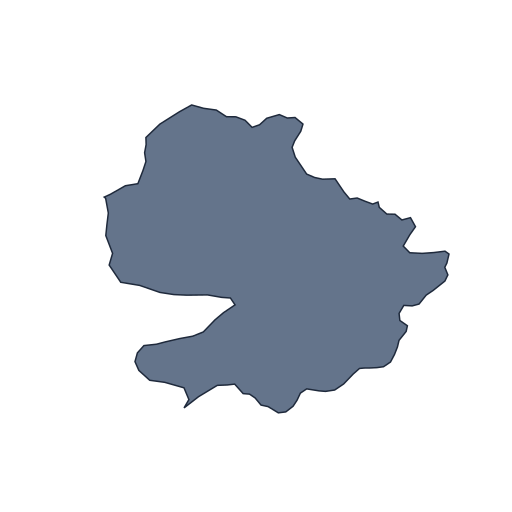 outline of Västervik, Kalmar, Sweden, rotated 146°
{"feature_id": "70781695B21983327863025", "entity_name": "Västervik", "entity_type": "district", "adm_level": 2, "iso_a3": "SWE", "parent_name": "Sweden", "parent_adm1": "Kalmar", "projection": "robinson", "projection_center": [16.379, 57.852], "detail": "fine", "context": "isolated", "style": "filled", "palette": "slate", "viewbox_px": 512, "rotation_deg": 146, "n_neighbors": 0, "source": "geoboundaries", "source_scale": "gbopen_adm2", "svg_char_len": 1700}
<svg xmlns="http://www.w3.org/2000/svg" viewBox="0 0 512 512"><g transform="rotate(146 256 256)"><path d="M348.9,389.7L348.4,387.9L354.4,374.2L362.2,365.2L369.1,356.9L373.4,338.4L382.8,330.6L382.8,319.3L382.8,309.8L368.9,296.7L356.0,279.5L345.6,269.9L335.2,262.2L318.0,250.9L307.6,240.9L300.7,235.5L300.7,227.2L314.5,227.2L325.7,226.0L342.1,222.5L353.3,224.9L365.4,230.2L379.2,235.5L387.8,238.5L399.0,244.4L408.5,242.0L415.4,236.1L417.1,226.6L413.6,212.4L402.3,202.3L389.4,187.0L391.9,174.5L400.6,170.3L382.2,171.5L360.4,170.4L352.0,165.2L345.3,161.7L343.6,149.1L338.6,145.1L336.1,138.8L335.2,129.6L330.2,124.4L325.2,113.5L318.5,110.1L309.3,110.7L302.6,113.5L295.9,117.5L288.3,117.5L279.1,108.9L274.1,104.9L265.7,100.9L261.6,100.9L254.9,100.9L241.5,103.8L233.1,104.9L228.9,102.6L224.7,99.8L218.1,95.8L212.2,92.9L203.8,92.9L196.3,96.9L189.6,101.5L184.6,106.1L173.7,109.5L169.5,113.5L172.8,122.1L169.5,128.4L161.1,132.4L154.4,127.3L147.7,125.0L136.8,128.4L128.5,128.4L113.4,129.6L107.8,132.9L107.5,133.0L105.8,141.1L101.7,143.4L94.9,149.7L96.6,154.3L106.6,159.4L116.7,165.2L126.7,172.7L128.4,181.9L116.6,187.6L107.4,191.1L106.5,201.4L114.9,204.3L117.4,212.9L124.1,217.6L126.6,227.4L124.7,232.5L130.2,233.8L134.9,240.3L139.7,247.5L146.4,250.8L147.3,260.0L147.3,275.8L157.8,282.4L163.5,288.3L168.2,295.6L168.2,316.0L165.3,325.9L159.6,329.8L149.1,334.4L143.3,339.1L146.2,349.0L152.9,352.9L157.6,360.2L170.1,364.2L179.6,362.8L187.3,364.8L189.2,374.7L194.9,382.7L202.6,388.0L207.3,399.2L216.9,407.8L224.9,417.2L238.9,418.4L261.9,419.1L281.0,415.8L284.8,409.8L290.6,403.9L294.4,395.9L302.0,390.0L313.5,382.0L325.0,387.3L342.2,388.6L348.9,389.7Z" fill="#64748b" stroke="#1e293b" stroke-width="1.5"/></g></svg>